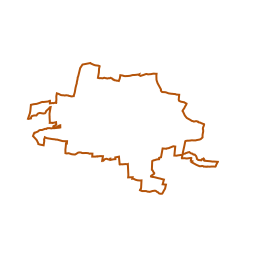 Botesti, Vaslui, Romania (Robinson projection), rotated 122°
{"feature_id": "2599482B66612937018908", "entity_name": "Botesti", "entity_type": "district", "adm_level": 2, "iso_a3": "ROU", "parent_name": "Romania", "parent_adm1": "Vaslui", "projection": "robinson", "projection_center": [27.902, 46.78], "detail": "fine", "context": "isolated", "style": "outline", "palette": "amber", "viewbox_px": 256, "rotation_deg": 122, "n_neighbors": 0, "source": "geoboundaries", "source_scale": "gbopen_adm2", "svg_char_len": 5810}
<svg xmlns="http://www.w3.org/2000/svg" viewBox="0 0 256 256"><g transform="rotate(122 128 128)"><path d="M182.5,167.7L182.1,166.5L180.8,164.9L180.2,162.2L179.6,160.8L178.7,159.1L178.6,158.9L177.4,158.2L175.4,157.3L174.6,156.5L173.7,154.9L173.6,153.8L173.3,153.2L171.3,150.1L170.4,148.3L170.3,147.8L170.3,147.4L170.1,146.8L169.5,146.2L168.6,144.6L171.2,143.2L169.2,140.0L168.9,139.9L168.5,139.3L168.3,139.1L168.4,138.8L167.5,137.9L166.4,136.4L165.2,134.3L169.1,132.7L168.9,132.6L168.7,131.9L168.9,131.7L168.3,131.4L167.0,131.3L165.6,130.1L165.3,129.3L165.1,128.0L164.2,126.6L163.5,126.9L163.3,126.7L164.4,126.0L162.1,123.6L161.1,122.2L159.7,123.2L157.9,121.3L157.1,120.5L163.3,115.8L163.3,115.6L163.1,115.4L162.6,114.9L161.7,113.4L159.9,111.0L159.0,109.2L158.7,109.0L167.8,102.7L169.8,101.7L167.3,98.0L168.8,97.5L168.2,96.6L168.1,96.3L167.9,94.2L167.3,92.2L166.5,90.6L165.7,89.3L165.3,88.8L171.4,85.4L172.8,84.8L173.3,84.8L173.7,85.1L174.4,84.9L174.0,82.6L171.9,79.2L171.7,78.3L171.6,77.7L171.3,77.2L170.7,75.8L169.5,74.7L168.6,74.0L167.0,72.1L166.7,71.4L166.6,71.1L166.8,69.3L166.6,68.6L167.0,67.2L166.8,66.2L166.5,65.5L165.9,64.6L165.5,64.2L165.3,64.2L164.4,64.2L162.1,64.4L160.0,64.4L159.6,64.5L155.9,65.8L157.4,68.8L152.7,70.2L153.5,72.6L153.7,73.5L154.6,76.0L155.6,79.2L155.9,79.9L156.0,80.5L156.4,80.9L156.6,81.7L157.0,82.5L157.0,82.8L156.7,83.0L156.2,83.0L153.0,81.6L152.5,81.7L152.2,82.0L152.0,82.8L150.8,84.9L150.8,85.2L150.8,85.6L143.3,89.9L143.1,89.7L142.3,89.5L141.8,89.1L141.3,88.5L140.3,87.7L139.2,86.7L138.0,85.1L136.8,85.8L135.3,84.5L127.0,87.8L126.3,86.4L125.3,84.5L125.0,84.5L124.4,83.8L123.3,82.6L122.3,82.0L121.9,81.6L121.5,81.4L119.5,79.9L118.7,78.1L126.8,74.1L125.7,72.1L124.8,71.2L123.5,69.6L122.9,69.0L122.7,68.6L122.7,68.4L122.4,67.6L122.4,67.3L124.9,66.5L125.1,66.2L123.5,63.8L123.0,62.5L122.4,61.6L119.9,58.6L119.9,58.4L122.5,57.4L122.1,55.8L123.3,55.9L123.0,50.5L122.5,47.1L121.6,45.7L121.0,45.2L120.6,44.3L120.6,43.2L120.0,42.5L119.8,41.8L119.5,41.5L119.1,40.5L118.7,40.4L117.6,38.3L116.3,36.6L114.4,33.4L113.4,33.4L112.9,33.6L112.1,33.7L109.8,33.9L109.4,33.8L109.1,33.9L111.0,37.5L111.6,38.3L112.6,40.6L115.2,45.7L114.8,46.0L115.2,46.8L115.1,47.0L114.4,47.2L114.1,47.2L113.9,47.3L113.8,47.6L113.8,47.8L114.3,47.9L114.9,48.3L115.4,48.8L115.9,48.9L116.6,48.8L117.9,51.5L117.7,52.5L117.7,53.2L117.0,53.7L115.8,55.2L115.2,57.4L115.8,58.2L115.9,58.7L115.6,59.7L116.1,60.9L116.1,61.9L115.9,63.2L117.1,64.4L117.7,64.8L118.6,65.6L119.4,66.0L121.1,67.7L120.5,68.2L113.4,70.7L109.7,72.1L108.8,72.4L108.2,72.0L107.1,70.7L106.9,70.3L105.7,68.6L104.9,67.8L103.1,64.7L102.6,64.0L101.9,63.4L99.9,61.2L99.1,60.6L98.5,60.3L97.9,60.2L96.6,59.8L96.2,59.9L95.9,60.2L94.2,61.2L91.1,62.4L89.6,63.4L89.3,63.9L88.8,64.2L87.5,64.7L86.9,64.7L84.9,65.2L84.5,65.5L84.5,65.8L84.7,66.2L84.8,67.1L85.1,68.5L85.1,69.4L85.8,71.1L85.8,71.7L85.5,71.9L85.8,73.1L86.1,73.9L87.6,75.5L87.7,75.8L87.7,76.2L87.9,77.0L88.1,77.3L88.2,78.0L88.1,79.0L88.3,82.8L88.3,83.6L87.8,85.0L87.3,86.4L84.6,90.6L84.6,90.8L84.2,90.9L81.1,90.8L79.6,91.0L77.2,91.0L76.3,91.3L76.4,92.0L76.4,92.9L76.5,93.6L76.4,94.0L77.6,97.0L77.8,98.3L77.8,99.3L77.4,99.6L77.1,100.0L72.7,102.2L73.7,104.1L74.0,104.7L74.2,105.9L75.1,107.6L75.5,108.5L75.9,109.2L77.1,111.9L77.6,114.5L77.9,115.4L79.4,118.1L79.3,118.7L79.0,119.6L78.9,119.9L78.6,120.0L77.8,120.5L74.3,126.7L73.3,127.9L73.1,128.2L72.0,129.4L68.7,131.6L66.9,132.5L67.6,133.7L68.2,134.9L69.2,136.1L70.0,136.9L71.9,139.4L72.3,140.8L73.1,141.7L74.1,142.4L77.2,145.0L77.3,146.7L76.5,146.9L76.8,147.1L78.3,148.9L79.4,150.3L80.7,152.2L82.7,154.0L84.3,156.1L85.6,158.0L86.1,159.1L86.3,160.2L87.3,162.5L90.1,161.3L93.0,160.7L93.2,161.5L93.8,162.5L94.1,163.6L94.7,164.9L94.7,165.4L94.5,165.6L94.5,165.9L94.8,166.2L94.8,166.5L94.4,167.5L94.6,167.8L94.6,169.3L95.4,169.8L96.0,170.8L97.1,171.9L97.2,172.6L97.6,173.4L98.0,174.8L99.3,175.8L100.1,177.5L101.0,178.8L101.4,180.1L96.4,182.1L93.0,184.0L90.6,184.8L90.6,185.1L90.9,186.3L92.1,188.8L92.5,190.2L93.0,193.7L92.8,194.3L98.3,200.2L102.5,200.3L109.7,197.9L111.1,197.5L111.7,197.5L113.3,196.7L116.2,195.7L117.3,195.1L118.9,194.7L121.7,193.8L125.3,192.3L126.4,191.9L128.7,191.3L129.7,190.9L130.0,191.4L130.6,191.9L131.2,192.7L131.4,193.3L131.7,194.3L132.1,195.2L132.1,195.9L132.7,197.1L132.8,197.5L133.4,198.3L133.9,198.7L134.4,200.0L134.6,200.3L135.2,201.4L135.6,202.3L135.7,203.3L135.8,204.7L136.3,206.7L139.1,205.6L142.3,203.5L143.3,203.2L144.0,202.5L144.8,202.2L145.5,203.6L146.4,204.3L146.8,205.2L148.5,207.3L146.3,208.6L146.6,209.0L147.7,209.6L150.0,212.5L151.0,213.8L151.3,214.5L152.1,215.2L153.5,216.2L155.9,218.2L157.8,220.6L159.8,222.6L164.0,220.5L165.7,219.7L166.6,219.4L167.1,219.1L173.2,217.7L173.1,217.3L172.6,216.8L171.3,215.4L170.8,215.7L169.9,215.9L169.0,215.9L167.5,214.7L166.6,213.5L166.2,212.8L165.9,212.3L163.7,212.1L163.0,211.7L162.0,210.8L160.6,207.5L159.6,206.3L159.0,206.1L158.2,206.1L157.3,206.4L155.6,206.0L153.9,205.5L152.8,205.3L151.9,205.3L151.3,204.7L157.4,202.2L159.4,200.9L159.9,200.5L160.6,200.1L164.3,197.5L165.1,197.1L163.8,195.1L163.9,194.8L161.2,192.1L163.2,190.6L164.7,191.3L165.4,191.9L166.2,192.2L167.3,191.1L167.3,190.8L166.7,190.5L165.9,189.6L165.3,189.1L162.1,187.4L161.6,186.9L163.4,185.7L164.0,186.3L167.5,190.8L167.5,191.0L167.9,191.7L168.9,192.7L169.7,194.5L171.0,196.4L172.0,196.7L172.4,197.5L172.9,198.1L175.2,199.8L176.4,201.6L177.4,202.2L178.6,202.5L179.4,203.0L180.6,203.9L181.4,204.7L182.0,204.5L182.3,204.9L185.2,204.3L186.0,201.2L186.7,198.9L188.6,195.9L189.1,195.6L188.9,194.5L188.5,193.3L187.4,190.4L183.2,192.2L182.7,192.8L182.3,193.0L181.8,193.2L181.0,193.2L179.9,193.6L179.8,192.6L179.6,191.4L177.5,186.3L176.3,183.9L176.1,183.1L175.4,182.0L173.8,176.6L173.2,175.5L171.5,172.7L173.6,171.6L174.0,172.4L176.8,170.9L179.4,169.7L182.5,167.7Z" fill="none" stroke="#b45309" stroke-width="2"/></g></svg>